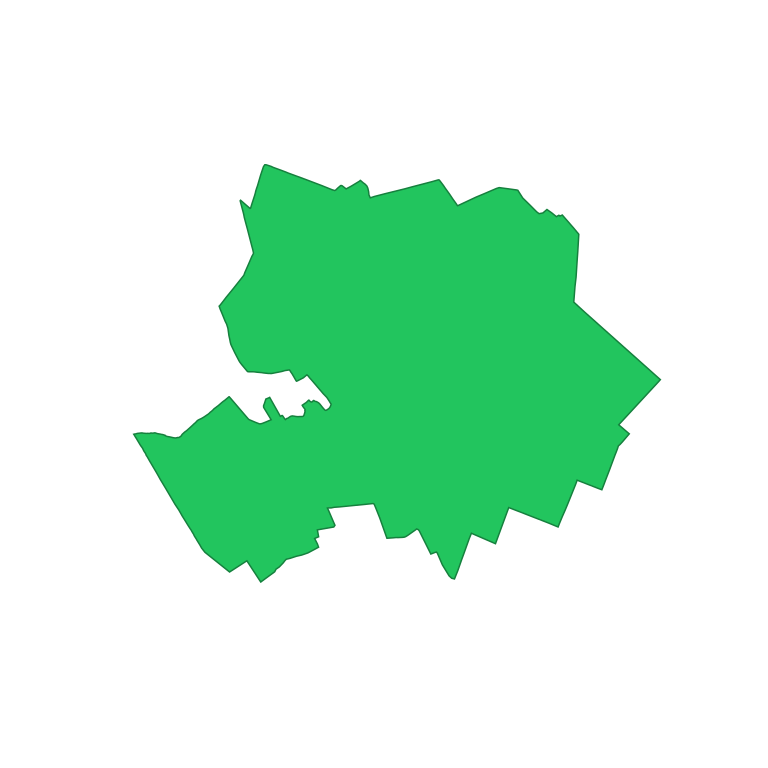 the district of Perisor, Dolj, Romania, rotated 221°
{"feature_id": "2599482B45480684732050", "entity_name": "Perisor", "entity_type": "district", "adm_level": 2, "iso_a3": "ROU", "parent_name": "Romania", "parent_adm1": "Dolj", "projection": "equal_earth", "projection_center": [23.523, 44.157], "detail": "fine", "context": "isolated", "style": "filled", "palette": "green", "viewbox_px": 768, "rotation_deg": 221, "n_neighbors": 0, "source": "geoboundaries", "source_scale": "gbopen_adm2", "svg_char_len": 6111}
<svg xmlns="http://www.w3.org/2000/svg" viewBox="0 0 768 768"><g transform="rotate(221 384 384)"><path d="M453.2,568.7L459.1,570.3L466.4,572.0L469.3,572.8L474.5,573.9L476.2,574.2L476.4,574.1L476.7,573.9L477.0,573.6L480.8,567.8L492.3,551.0L496.3,545.0L507.7,528.8L514.3,519.2L516.5,515.5L519.5,516.9L521.7,519.0L524.7,521.2L526.9,522.2L529.1,522.4L530.0,522.4L531.4,522.2L535.4,522.2L535.5,522.0L535.5,521.2L538.6,511.6L540.6,506.4L543.0,506.3L545.8,506.1L546.1,506.0L546.5,505.7L546.9,505.3L547.0,504.7L547.2,503.3L547.5,501.1L547.7,498.6L547.9,498.1L548.1,497.7L550.5,496.6L561.2,492.9L577.5,486.9L594.6,480.4L597.0,479.6L601.9,477.8L609.7,474.8L611.9,474.2L616.4,472.3L617.2,471.8L617.8,471.3L617.7,470.0L617.5,468.8L614.2,460.8L609.6,450.8L608.4,447.8L607.2,445.1L606.7,444.3L605.5,441.8L601.5,432.4L600.1,429.3L600.1,429.0L600.2,428.7L600.4,428.6L612.8,428.6L612.8,428.0L612.6,427.8L602.6,421.0L600.8,419.7L598.8,418.1L592.3,413.7L588.7,411.3L574.3,401.4L572.2,400.0L570.5,398.8L568.4,397.2L568.0,396.3L567.8,395.5L567.6,394.3L567.4,393.5L564.9,385.7L562.2,377.0L561.1,374.1L560.3,356.2L560.0,345.9L559.7,341.4L559.4,335.5L559.5,334.6L556.5,332.9L553.2,331.3L544.9,327.1L542.2,326.0L539.9,324.6L538.3,323.6L532.8,318.8L529.7,316.5L527.3,314.6L525.5,313.4L524.0,312.7L517.1,309.7L508.7,306.4L507.1,305.9L506.2,305.7L504.3,305.3L495.6,303.9L495.0,303.9L494.7,304.1L494.1,304.5L491.0,307.2L489.8,308.1L487.4,309.7L483.4,312.6L483.0,312.8L482.5,313.1L480.6,314.4L478.9,315.6L478.4,315.9L475.7,318.2L470.1,325.4L469.2,326.6L467.6,329.1L464.7,332.5L464.4,332.6L461.8,331.8L460.4,331.5L458.0,330.7L457.1,330.4L453.7,329.2L452.2,328.7L451.9,328.7L451.4,329.5L448.9,335.8L448.7,337.2L448.2,340.3L446.2,340.3L444.6,339.9L441.3,339.5L423.4,336.8L418.7,336.4L417.7,336.2L413.6,335.0L412.2,334.5L411.0,334.2L410.8,334.1L410.5,333.8L409.9,332.3L409.6,331.2L409.5,330.6L409.5,330.1L409.5,329.4L409.6,328.8L409.9,327.8L410.2,326.7L410.5,326.0L410.8,325.8L411.2,325.7L411.6,325.6L412.0,325.6L415.0,326.0L416.1,326.2L419.2,326.8L420.9,326.9L422.0,326.7L423.1,326.5L423.4,326.4L424.7,325.7L425.0,325.6L426.2,325.5L426.3,325.4L426.4,325.2L426.5,324.9L426.4,324.4L426.6,323.3L426.7,323.1L426.9,322.9L427.1,322.7L427.7,322.5L428.1,322.4L428.9,322.4L430.0,322.6L430.3,322.3L430.5,319.6L430.6,318.8L430.7,318.4L430.9,317.8L431.8,314.3L431.3,314.1L430.0,313.7L426.8,313.0L426.2,311.9L425.6,311.5L425.2,310.8L424.7,309.7L424.2,308.5L424.0,308.1L423.8,307.7L423.8,306.9L423.8,306.6L424.3,305.9L425.4,304.9L426.6,303.8L427.1,303.3L428.0,302.5L429.2,301.7L429.8,301.3L430.5,300.9L432.2,299.8L432.6,299.3L433.0,298.8L433.3,298.2L433.5,297.6L434.0,295.7L434.1,295.2L434.3,294.8L434.7,294.3L434.8,294.0L434.9,293.7L435.0,292.7L435.1,292.4L436.2,292.6L439.2,293.4L440.0,293.5L440.2,293.4L440.4,293.2L441.0,291.6L446.6,293.6L461.5,298.9L461.7,298.3L463.3,295.1L463.1,294.7L461.4,290.7L460.7,288.7L460.1,288.0L459.6,287.5L458.9,287.2L451.0,284.7L445.7,283.0L448.1,278.1L449.8,274.8L450.4,273.8L450.9,273.1L451.6,272.4L451.9,272.2L456.0,270.7L462.2,268.7L462.6,268.6L463.3,268.6L463.6,268.6L490.0,272.5L492.5,272.8L492.6,272.7L493.5,267.1L493.9,265.6L494.3,263.3L494.6,261.1L494.9,258.9L495.4,256.7L495.5,255.9L496.0,254.0L496.0,253.6L496.1,251.6L496.3,250.1L496.6,248.8L496.7,247.1L497.0,245.5L497.4,244.2L497.7,242.9L498.4,240.4L498.7,239.5L499.3,237.8L499.7,237.0L500.2,235.9L500.8,234.2L500.9,233.9L500.9,233.5L500.8,232.8L500.9,232.3L501.0,230.7L501.3,228.9L501.4,227.3L501.5,226.7L501.5,226.4L502.1,221.4L502.2,220.6L502.3,219.7L502.5,218.6L502.6,218.3L502.9,217.0L503.3,213.5L503.0,212.0L503.1,211.1L503.5,209.6L503.7,209.0L504.6,208.3L505.5,207.0L505.9,206.5L506.9,205.8L507.7,205.3L511.0,203.5L513.2,202.2L513.5,202.0L515.6,201.4L515.7,201.6L518.0,200.6L518.2,200.4L518.7,200.1L520.0,199.4L522.1,198.1L522.9,197.7L524.4,197.1L524.7,196.9L525.3,196.4L525.9,195.6L526.0,195.4L526.5,195.0L527.8,194.1L527.9,193.9L528.0,193.6L528.3,193.2L528.6,192.8L530.1,191.6L530.6,191.1L531.2,190.6L532.4,189.7L532.8,189.4L533.2,189.1L534.4,188.4L535.3,187.6L536.6,186.1L537.5,185.2L538.1,184.4L538.4,183.7L539.2,182.9L539.9,181.9L538.9,181.6L537.4,181.1L536.8,180.9L534.4,180.2L533.6,179.9L528.1,178.1L526.3,177.6L524.7,177.3L523.6,176.9L521.8,176.1L520.7,175.7L519.3,175.4L517.5,174.7L516.5,174.1L515.4,173.9L510.9,172.3L499.8,168.6L498.6,168.2L497.7,167.9L495.7,167.2L490.2,165.2L480.0,161.9L471.4,159.0L470.5,158.7L466.9,157.5L462.8,156.1L456.2,154.3L454.5,153.7L449.4,151.9L446.4,151.0L438.4,148.5L434.9,147.5L433.7,147.2L431.2,146.3L429.2,145.7L428.9,145.6L428.4,145.3L427.2,144.8L423.8,143.8L422.8,143.4L417.3,141.7L414.3,140.6L413.5,140.4L408.7,139.5L377.2,140.8L371.5,160.6L347.1,153.7L343.3,170.6L344.0,173.4L343.0,177.2L342.7,182.9L342.9,185.8L342.8,187.6L340.5,190.8L337.1,196.5L333.9,200.9L330.6,206.6L326.3,217.9L329.3,219.6L335.0,221.9L333.1,225.8L338.6,230.2L328.1,243.1L328.3,245.2L331.3,246.6L342.9,252.2L345.3,253.2L344.6,254.1L342.6,255.8L340.6,258.4L337.0,262.0L314.0,286.4L313.4,286.8L312.5,286.8L309.2,285.2L299.3,280.1L280.6,269.5L276.0,274.1L274.6,275.6L274.1,276.1L273.0,277.0L271.9,278.0L269.3,280.5L268.3,281.6L267.8,282.4L267.4,283.3L266.8,285.2L264.5,294.6L264.3,296.0L263.7,296.2L262.5,296.6L261.0,296.3L237.1,286.4L234.8,290.7L234.1,291.6L232.7,291.3L221.3,285.8L209.0,281.9L205.5,281.8L202.9,283.1L205.9,291.7L210.2,302.5L212.1,307.5L218.3,323.4L220.1,328.7L195.1,336.6L208.8,372.6L168.4,387.1L158.8,390.3L160.0,393.6L162.5,401.1L164.6,407.9L166.9,414.8L173.3,433.3L174.3,436.0L175.2,438.1L153.4,445.9L150.2,447.1L152.0,452.2L153.8,457.0L157.3,466.7L163.1,482.1L164.0,484.7L165.4,488.5L166.5,491.0L166.2,493.3L166.1,496.7L166.2,507.3L180.1,507.2L178.3,566.1L178.3,568.6L201.7,568.9L279.8,569.9L294.5,570.3L297.9,574.9L303.9,583.0L309.1,590.6L319.0,603.6L324.8,611.3L335.2,624.8L343.1,626.1L360.3,628.5L361.4,626.2L362.7,626.1L363.7,623.4L369.8,623.2L375.5,622.6L376.3,617.3L378.7,614.3L381.6,614.1L391.3,614.8L401.3,615.4L410.1,618.0L411.3,617.4L418.8,612.5L425.9,607.8L427.4,605.4L433.3,593.2L437.2,585.3L445.2,567.2L445.5,566.8L448.5,567.6L453.2,568.7Z" fill="#22c55e" stroke="#15803d" stroke-width="1.5"/></g></svg>